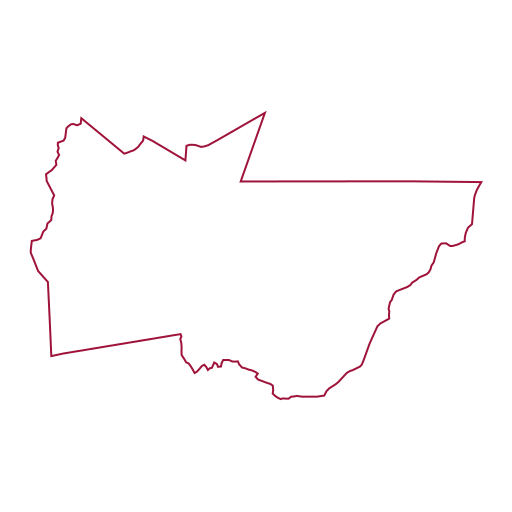 outline of Alto Santo, Ceará, Brazil
{"feature_id": "56859067B2763154043889", "entity_name": "Alto Santo", "entity_type": "district", "adm_level": 2, "iso_a3": "BRA", "parent_name": "Brazil", "parent_adm1": "Ceará", "projection": "natural_earth1", "projection_center": [-38.196, -5.516], "detail": "fine", "context": "isolated", "style": "outline", "palette": "rose", "viewbox_px": 512, "rotation_deg": 0, "n_neighbors": 0, "source": "geoboundaries", "source_scale": "gbopen_adm2", "svg_char_len": 2360}
<svg xmlns="http://www.w3.org/2000/svg" viewBox="0 0 512 512"><path d="M481.3,182.1L409.5,181.3L383.9,181.3L379.9,181.3L329.4,181.4L298.1,181.4L240.7,181.5L258.5,131.0L261.2,123.4L264.9,112.9L250.8,120.9L217.6,140.0L208.2,145.2L204.0,146.5L201.0,146.9L198.2,145.9L195.6,145.1L193.0,144.8L189.7,144.8L186.5,145.8L185.4,160.4L155.2,142.5L152.9,141.1L143.7,136.5L143.1,140.6L140.7,143.5L138.1,147.0L134.0,150.2L130.8,151.3L128.1,152.4L124.3,153.7L81.3,118.2L80.7,123.7L77.1,125.3L73.4,124.0L71.0,124.3L68.2,126.4L66.4,128.3L65.2,137.8L63.6,140.6L57.9,142.7L57.8,145.3L58.7,148.1L57.5,151.7L59.1,155.0L57.5,158.0L55.7,160.9L56.4,164.8L51.7,170.2L48.2,172.6L46.0,174.3L46.4,177.4L46.7,181.0L54.2,195.4L52.5,199.2L52.1,203.5L52.7,206.4L53.0,209.2L52.8,212.9L51.5,216.3L51.3,220.0L49.4,221.8L47.5,223.4L46.3,228.8L43.4,231.4L42.1,234.6L40.6,238.3L37.2,239.9L31.8,240.9L30.8,249.6L30.7,252.6L31.7,255.0L33.1,258.3L38.1,271.0L47.9,282.0L50.0,326.1L51.3,356.1L63.4,353.5L180.5,334.1L181.4,336.5L180.3,339.0L181.3,343.2L181.6,347.2L181.5,350.5L181.6,355.0L184.3,359.1L186.1,362.3L188.7,363.5L190.9,366.5L192.9,369.8L194.6,373.0L196.9,371.7L199.2,369.2L202.0,365.9L204.4,364.8L206.4,367.2L207.9,370.0L209.7,368.3L211.9,367.8L213.1,365.2L214.2,362.5L217.0,364.1L218.0,366.8L221.0,366.5L221.6,363.2L223.2,360.0L226.0,360.0L228.9,360.0L232.3,361.5L235.4,361.6L237.9,361.4L239.1,364.3L242.0,367.5L245.6,368.4L248.9,369.7L251.6,370.3L255.3,371.9L257.8,373.6L255.6,376.8L258.0,379.5L261.2,380.7L263.8,381.7L267.6,383.1L270.5,384.0L272.8,385.7L273.2,390.2L272.7,393.6L275.3,396.1L278.3,398.0L280.7,399.1L282.9,398.4L285.3,398.6L288.6,398.7L291.1,396.7L293.6,396.5L297.0,395.9L300.6,396.5L302.9,396.7L316.8,396.7L324.2,395.6L326.6,391.0L329.3,388.3L335.6,384.3L338.3,382.1L346.7,373.0L350.0,371.0L352.3,370.3L359.8,366.7L361.7,364.8L363.4,360.8L369.6,343.6L377.4,326.3L380.3,323.5L389.2,318.6L389.0,314.7L389.3,311.5L388.6,308.8L390.0,302.3L391.7,300.0L393.6,294.6L396.0,291.5L399.0,290.2L407.2,287.0L410.2,285.2L412.2,282.6L416.2,280.1L419.3,277.4L426.7,274.2L428.7,272.4L430.5,269.3L431.4,265.7L433.7,262.4L436.4,252.8L439.1,246.0L441.4,243.5L446.0,243.3L450.2,246.0L452.5,246.0L458.1,244.4L462.1,242.3L464.7,241.3L464.8,237.9L465.7,233.1L468.0,227.7L472.0,224.1L474.2,198.1L474.8,195.4L476.6,190.5L478.7,186.5L481.3,182.1Z" fill="none" stroke="#9f1239" stroke-width="2"/></svg>